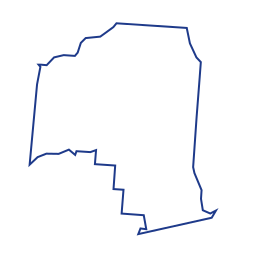 outline of Putnam, Florida, United States of America, rotated 5°
{"feature_id": "52423323B20904030146167", "entity_name": "Putnam", "entity_type": "district", "adm_level": 2, "iso_a3": "USA", "parent_name": "United States of America", "parent_adm1": "Florida", "projection": "equal_earth", "projection_center": [-81.769, 29.582], "detail": "fine", "context": "isolated", "style": "outline", "palette": "blue", "viewbox_px": 256, "rotation_deg": 5, "n_neighbors": 0, "source": "geoboundaries", "source_scale": "gbopen_adm2", "svg_char_len": 686}
<svg xmlns="http://www.w3.org/2000/svg" viewBox="0 0 256 256"><g transform="rotate(5 128 128)"><path d="M177.8,23.2L107.4,24.7L104.6,28.8L92.4,39.4L78.0,42.1L73.6,47.3L71.3,57.3L68.8,60.8L57.6,61.0L48.2,64.1L41.5,72.5L35.4,72.5L33.4,72.7L35.4,74.7L33.6,92.5L33.2,173.1L40.5,164.9L48.9,160.7L61.2,159.8L71.0,154.7L77.7,159.4L78.7,155.6L92.6,155.3L98.1,152.8L98.2,166.9L118.5,166.5L118.9,190.1L128.9,189.9L129.1,213.8L151.3,213.5L155.0,227.2L149.2,227.0L147.5,232.8L219.2,210.1L222.8,202.6L217.4,206.0L209.7,203.4L206.9,192.2L206.7,183.5L198.1,167.1L196.3,161.3L195.4,111.6L195.0,71.4L194.8,56.0L190.0,51.7L182.3,38.3L177.8,23.2Z" fill="none" stroke="#1e3a8a" stroke-width="2"/></g></svg>